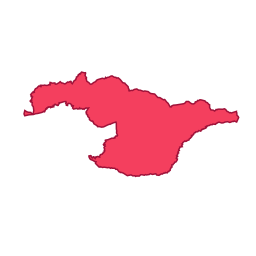 Paulesti, Vrancea, Romania, rotated 195°
{"feature_id": "2599482B74824267057169", "entity_name": "Paulesti", "entity_type": "district", "adm_level": 2, "iso_a3": "ROU", "parent_name": "Romania", "parent_adm1": "Vrancea", "projection": "robinson", "projection_center": [26.578, 45.893], "detail": "fine", "context": "isolated", "style": "filled", "palette": "rose", "viewbox_px": 256, "rotation_deg": 195, "n_neighbors": 0, "source": "geoboundaries", "source_scale": "gbopen_adm2", "svg_char_len": 5932}
<svg xmlns="http://www.w3.org/2000/svg" viewBox="0 0 256 256"><g transform="rotate(195 128 128)"><path d="M187.3,170.0L187.7,169.4L187.8,168.3L188.4,168.1L188.2,167.8L188.4,167.4L189.0,167.4L189.8,166.7L189.5,165.7L190.1,165.1L190.2,164.5L191.0,163.9L190.8,162.8L191.2,161.5L190.9,161.2L192.5,159.3L192.7,158.6L192.6,158.4L193.3,156.3L194.8,157.2L195.0,158.2L195.7,158.2L197.2,156.8L198.2,156.8L199.9,154.6L200.6,154.2L202.7,154.5L203.8,154.3L205.5,155.2L206.3,153.9L208.4,151.9L209.6,151.6L210.3,152.6L212.7,151.7L213.7,151.7L214.3,152.0L215.0,151.8L214.7,151.4L214.8,150.6L214.6,150.1L215.0,150.1L215.0,149.8L214.6,149.8L214.5,149.5L215.7,149.3L216.3,148.6L217.8,148.0L219.9,147.8L220.4,147.4L223.2,146.7L222.7,146.2L222.8,145.4L224.8,145.7L225.7,144.4L226.2,143.2L227.6,141.9L228.1,139.6L228.0,138.7L228.6,138.5L228.0,138.1L229.7,137.1L230.1,136.5L230.6,134.9L229.4,134.1L229.8,133.6L229.6,133.2L228.3,133.2L228.6,131.7L228.5,131.0L228.9,130.0L228.2,129.7L228.4,129.2L228.9,129.4L229.5,128.7L228.7,128.0L227.1,128.0L226.9,126.3L226.3,124.9L225.1,124.2L223.5,120.5L223.4,116.8L224.9,117.1L225.9,117.9L228.4,117.4L230.1,117.5L232.2,118.2L232.1,114.7L230.9,113.1L227.1,115.1L222.8,116.6L221.1,117.8L218.9,118.7L215.1,120.8L213.7,122.2L213.6,121.3L213.3,122.4L212.7,122.2L212.6,122.4L212.8,123.0L212.4,123.9L212.3,125.2L211.6,125.2L211.2,125.7L211.6,126.4L209.9,127.5L210.2,127.8L208.5,128.4L208.0,127.7L207.1,128.8L206.8,128.4L206.5,128.6L206.7,129.0L205.4,129.2L205.6,129.6L205.3,130.0L206.0,130.5L204.8,131.3L204.9,131.6L204.6,132.1L202.1,131.5L201.9,131.9L201.3,131.9L201.3,132.7L200.7,133.8L201.1,134.3L201.1,134.6L200.0,134.8L196.6,136.9L194.9,137.5L194.3,136.7L194.6,135.8L193.6,134.7L193.4,134.0L192.2,134.1L192.4,135.8L191.8,136.4L189.9,136.6L188.5,135.8L188.7,135.5L188.3,135.2L187.5,135.1L187.6,134.8L186.6,135.2L186.7,133.0L185.5,132.2L182.5,133.7L181.8,133.3L180.9,133.5L180.5,134.1L179.7,134.0L179.7,134.8L178.9,134.3L177.8,134.8L176.9,134.4L176.3,134.8L175.4,134.7L175.4,135.2L174.9,135.2L174.8,135.6L174.1,136.0L173.8,136.5L172.4,136.6L171.3,137.1L172.7,132.5L172.0,132.1L172.0,130.9L170.5,130.3L170.6,129.9L170.2,129.7L169.7,128.6L168.0,127.8L167.4,126.1L165.9,125.4L164.8,125.2L164.3,125.5L163.5,125.3L163.4,124.7L162.7,124.3L162.1,123.3L158.1,122.1L158.0,121.6L157.7,121.4L156.1,121.9L153.7,122.0L151.8,122.8L148.2,125.9L146.5,127.0L146.1,127.0L145.8,127.4L143.5,129.2L141.2,130.6L140.5,129.5L139.0,124.1L138.0,121.9L138.1,121.3L137.7,120.1L136.2,118.3L136.4,117.5L136.6,117.2L137.3,117.3L137.9,116.9L138.1,115.7L138.5,115.5L138.1,115.1L139.1,114.4L141.0,114.0L144.3,111.5L146.7,110.4L146.7,110.0L145.8,109.2L147.0,107.3L146.1,106.2L147.4,106.0L147.5,105.7L147.0,105.1L145.4,104.5L145.8,104.0L146.1,102.7L145.2,102.0L145.3,101.5L144.7,100.5L145.1,100.0L144.6,99.5L145.0,98.4L145.5,98.2L145.4,97.5L146.0,96.8L146.1,96.1L147.8,95.1L147.7,94.3L148.4,93.2L148.0,92.6L150.1,92.6L150.7,92.2L150.9,91.7L151.5,91.8L151.8,90.0L153.0,90.7L153.5,91.4L154.2,91.1L154.2,90.4L154.8,89.8L156.5,91.2L156.5,91.6L156.9,91.7L158.5,90.9L158.2,90.0L156.9,88.4L155.6,87.8L153.9,87.7L151.4,87.0L150.1,87.1L150.4,85.7L150.1,85.3L145.9,82.8L144.8,83.0L144.8,83.5L142.3,83.3L141.0,84.0L137.5,84.3L136.3,84.9L134.2,84.6L134.0,85.1L133.7,85.3L132.6,85.1L130.3,85.7L129.1,84.9L127.7,85.3L125.4,83.4L124.4,83.4L123.9,83.0L122.6,83.4L120.8,83.2L116.3,81.8L112.9,83.5L110.9,83.0L109.0,83.7L108.2,83.2L107.4,83.8L104.6,84.5L103.7,86.1L102.4,86.5L100.0,86.6L99.1,87.5L98.2,87.4L95.4,88.6L94.7,89.6L92.3,89.5L89.3,91.0L88.2,90.0L85.8,90.3L83.9,92.3L82.9,92.4L81.8,93.7L80.6,94.0L80.4,94.7L78.5,94.8L77.9,96.4L77.3,96.5L77.3,96.9L76.3,98.0L76.6,99.2L76.2,99.9L76.2,101.2L75.4,101.7L76.1,103.7L75.0,104.2L74.9,105.0L74.2,106.0L74.0,107.1L73.0,107.5L72.3,109.3L72.2,110.8L73.5,111.2L73.4,112.0L72.8,113.3L73.4,113.2L73.8,113.6L73.4,113.9L73.5,115.0L73.1,115.9L73.5,116.5L72.7,117.1L73.4,117.8L73.4,118.3L73.2,119.1L72.6,119.5L73.5,120.5L73.1,121.2L72.9,122.4L73.1,122.9L70.8,124.0L71.6,124.7L71.0,126.1L71.7,126.5L71.3,126.7L71.3,128.1L69.7,130.2L68.7,130.0L67.9,130.6L67.8,131.1L66.0,132.2L66.0,133.3L65.0,134.4L65.0,135.1L64.4,135.6L64.1,136.4L64.7,137.2L63.8,137.5L63.8,137.9L63.1,138.4L62.9,139.0L63.1,139.5L62.5,140.6L61.7,141.0L61.7,141.7L59.6,142.5L59.0,143.8L56.9,143.8L56.6,145.3L56.2,145.4L56.0,146.1L55.5,146.0L54.9,146.5L54.8,146.9L54.3,146.9L52.8,148.1L53.3,149.0L52.6,149.1L52.9,149.7L52.7,150.1L52.0,150.1L51.7,150.7L49.9,151.6L49.0,152.7L47.6,152.9L47.1,153.7L44.4,154.2L44.2,155.0L43.3,155.6L43.2,156.1L41.6,157.2L38.9,157.1L37.4,157.6L35.7,158.9L33.4,159.9L31.1,159.7L28.7,161.4L27.9,161.5L27.3,162.2L24.6,161.9L23.8,166.7L24.6,167.7L26.0,168.4L27.0,171.1L27.5,171.6L27.6,172.1L32.2,169.2L33.2,169.4L33.9,169.0L35.8,169.7L36.5,169.6L38.5,171.2L39.9,171.5L41.4,170.6L44.5,169.9L46.1,169.4L46.6,168.8L47.7,168.7L48.0,167.7L48.8,166.8L50.3,167.3L52.6,166.9L54.4,168.8L55.2,171.6L56.2,171.8L57.9,173.0L59.3,173.1L60.7,174.1L64.1,174.1L65.8,173.9L66.9,172.7L67.8,172.7L68.5,171.1L69.7,170.7L69.8,169.4L70.7,168.3L72.4,167.9L74.2,168.3L76.3,169.3L78.6,168.7L79.4,166.9L80.4,165.9L87.5,162.7L90.1,161.8L91.6,160.5L91.6,159.7L92.8,159.3L95.6,162.2L97.4,163.1L99.7,164.9L100.1,165.0L101.1,164.4L105.0,165.6L107.2,165.2L111.0,167.7L115.2,167.2L118.0,168.4L121.4,168.1L122.5,167.4L126.2,167.7L127.5,167.3L129.6,168.0L131.9,166.9L133.3,165.4L134.3,165.3L136.5,164.1L136.8,164.4L136.7,165.1L138.1,166.8L138.6,168.0L142.3,170.1L142.6,170.5L144.8,170.4L147.9,172.7L150.4,173.9L152.0,173.3L152.8,173.8L154.4,173.5L156.9,174.2L158.1,173.6L159.5,172.2L160.9,171.6L161.8,170.7L162.6,171.0L162.4,170.2L162.8,170.1L162.6,170.3L162.9,170.4L163.5,169.5L165.7,169.4L169.6,167.0L170.8,165.9L171.2,164.5L173.3,162.7L173.7,161.8L175.1,160.6L176.1,160.7L177.5,161.7L179.9,162.5L180.9,164.4L181.4,164.7L181.0,165.5L181.2,166.0L181.5,166.0L183.1,167.7L183.1,169.8L183.4,170.4L184.4,170.0L187.3,170.0Z" fill="#f43f5e" stroke="#9f1239" stroke-width="1.5"/></g></svg>